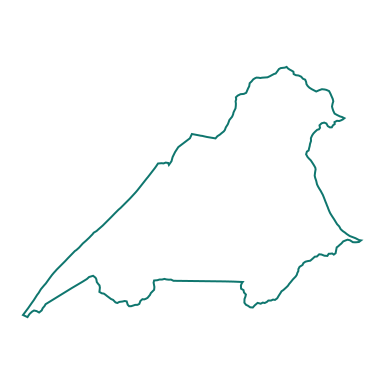 Jangada, Mato Grosso, Brazil (Mercator projection)
{"feature_id": "56859067B34050431146152", "entity_name": "Jangada", "entity_type": "district", "adm_level": 2, "iso_a3": "BRA", "parent_name": "Brazil", "parent_adm1": "Mato Grosso", "projection": "mercator", "projection_center": [-56.584, -15.33], "detail": "fine", "context": "isolated", "style": "outline", "palette": "teal", "viewbox_px": 384, "rotation_deg": 0, "n_neighbors": 0, "source": "geoboundaries", "source_scale": "gbopen_adm2", "svg_char_len": 4160}
<svg xmlns="http://www.w3.org/2000/svg" viewBox="0 0 384 384"><path d="M305.2,79.7L302.9,78.7L301.2,76.7L298.6,75.5L295.9,75.2L293.7,74.1L293.4,71.7L291.4,70.5L289.5,69.5L287.8,68.3L286.6,66.9L284.9,67.6L283.2,67.8L280.7,68.1L278.9,69.1L277.5,71.1L275.7,73.5L274.0,74.0L272.1,75.0L269.9,76.2L267.5,77.3L264.8,77.5L262.0,77.7L260.4,78.0L258.4,77.7L256.5,77.6L254.9,78.3L253.2,79.4L251.6,81.4L249.7,83.2L249.2,86.3L248.1,88.4L246.2,92.8L243.8,93.9L240.5,94.2L237.7,95.6L235.9,97.3L236.2,99.2L235.6,101.3L235.9,103.7L235.8,105.9L235.5,108.4L234.5,110.4L233.5,112.5L233.1,114.4L232.1,116.7L229.4,120.0L228.5,122.5L227.8,124.3L225.8,127.4L224.9,129.9L223.8,131.4L221.4,133.3L219.9,134.6L217.4,136.2L215.5,138.4L207.1,137.0L204.8,136.5L202.3,135.9L200.6,135.7L198.7,135.3L191.9,134.0L189.9,138.3L178.3,147.1L175.1,152.0L172.6,157.1L171.5,161.2L168.9,164.9L168.2,163.0L165.7,162.6L163.6,163.4L161.5,163.2L158.0,163.5L156.0,166.5L154.7,168.3L147.8,177.2L146.7,178.5L137.4,190.3L135.6,192.4L131.1,197.3L129.4,199.1L120.6,207.9L118.5,209.7L114.7,213.5L111.5,216.8L102.7,225.6L101.1,227.0L98.0,229.7L96.6,231.0L93.7,232.7L92.5,234.3L91.2,235.6L89.2,237.7L85.9,240.8L84.4,242.1L82.8,243.5L80.8,245.7L79.1,247.6L76.3,250.1L74.9,251.0L71.8,254.2L67.9,258.2L65.2,261.1L60.5,265.8L56.6,269.7L55.4,271.1L54.0,272.6L51.9,275.1L49.1,278.9L45.8,283.5L44.0,285.5L40.9,289.2L38.6,293.0L37.2,294.8L33.7,300.3L31.6,303.2L28.2,308.1L23.0,315.0L27.5,317.1L28.5,315.5L29.7,313.8L32.0,311.7L34.0,310.5L36.6,311.1L39.1,312.5L41.7,310.4L42.7,308.2L44.5,306.1L45.6,304.2L71.9,288.0L82.4,281.8L86.9,279.0L89.1,277.0L93.1,275.8L95.5,277.7L96.3,279.2L96.8,282.0L98.1,283.8L99.5,285.4L99.9,287.7L99.4,291.9L101.8,293.3L103.8,293.6L105.4,294.7L107.0,296.0L108.5,297.1L111.0,299.0L113.1,299.9L115.5,302.4L117.3,303.0L119.4,301.9L122.6,301.5L124.6,301.0L126.7,301.4L127.7,304.7L129.1,306.2L131.1,306.2L133.3,305.5L135.1,304.9L137.6,304.8L139.3,303.9L140.4,301.0L142.4,299.2L144.2,299.4L145.8,298.8L147.5,297.9L150.0,294.9L150.8,293.1L154.1,289.8L154.4,287.0L154.0,284.8L153.6,282.7L154.1,280.5L157.4,280.2L159.6,279.5L162.2,279.5L164.5,278.9L166.2,279.4L168.9,279.7L171.0,279.6L173.5,280.8L224.4,281.4L233.4,281.6L242.7,282.0L241.7,283.4L240.9,285.5L241.1,288.7L243.5,290.1L244.0,292.5L245.9,294.5L245.4,296.7L244.5,299.0L244.4,302.7L246.0,304.8L247.9,305.7L250.2,307.3L252.8,307.5L254.8,305.3L257.6,302.9L260.7,303.7L262.8,302.6L264.7,303.0L266.9,301.9L268.4,300.5L271.1,300.5L273.0,299.6L275.0,299.9L277.2,298.3L278.8,295.6L280.5,293.0L281.5,291.3L283.4,290.0L286.5,287.2L288.0,285.7L289.1,284.0L290.8,282.0L292.9,279.4L295.7,276.5L296.8,274.8L297.4,272.8L298.3,271.1L298.4,269.1L299.6,266.8L302.5,265.0L303.4,263.1L305.4,261.7L307.7,261.1L310.3,260.7L312.5,258.8L314.8,256.7L316.9,256.5L319.2,254.3L321.4,254.5L324.4,255.7L327.4,255.9L328.7,253.8L330.6,253.7L332.2,253.5L333.8,254.6L335.6,253.2L336.1,250.5L336.7,247.4L338.2,246.3L339.7,244.9L341.4,243.5L343.2,241.4L345.9,240.3L347.6,239.7L350.0,240.3L352.9,242.2L355.7,242.3L358.9,242.0L361.0,240.4L359.1,240.1L355.5,238.2L349.7,236.0L346.7,234.0L345.0,232.6L342.8,231.1L340.7,229.2L339.2,226.4L337.1,224.2L335.5,221.6L334.3,219.6L332.0,216.1L330.2,213.2L329.1,210.8L328.3,208.8L327.7,207.1L327.0,205.5L326.3,203.6L325.5,201.7L324.9,200.1L323.9,197.5L322.8,194.8L321.7,192.8L320.7,190.9L319.5,189.0L318.1,186.6L317.0,184.3L316.2,180.8L315.2,177.9L314.7,175.7L315.0,173.0L315.3,171.1L315.6,169.4L315.3,167.7L314.1,165.5L312.4,162.8L310.8,160.4L308.9,158.5L307.5,156.9L306.1,154.3L306.9,151.6L308.6,150.5L309.1,148.3L309.7,146.0L310.0,144.0L311.0,141.0L310.9,138.2L312.1,135.5L313.4,133.5L315.1,131.7L317.2,129.8L319.0,129.3L320.0,127.8L319.5,125.3L321.6,123.3L324.2,122.6L326.4,123.5L327.8,126.1L329.9,127.4L331.8,127.3L333.0,125.3L334.7,124.1L334.5,122.1L337.0,120.8L339.2,121.0L340.9,120.4L342.9,119.4L344.4,118.2L342.0,117.0L339.9,116.4L336.9,114.9L334.6,113.6L333.3,110.9L332.5,108.5L332.0,106.5L332.6,103.5L333.3,101.3L332.7,98.8L331.7,96.6L330.5,93.8L329.1,91.1L326.4,89.9L324.7,89.5L321.9,89.2L319.2,90.2L316.2,91.5L311.8,89.2L309.4,87.7L307.7,86.0L306.5,84.2L306.1,81.9L305.2,79.7Z" fill="none" stroke="#0f766e" stroke-width="2"/></svg>